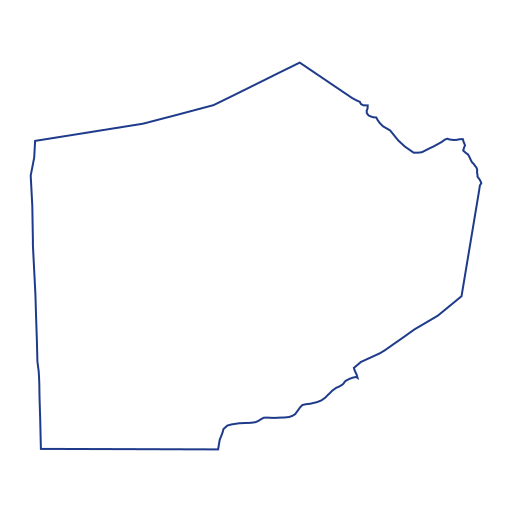 the district of Suba South, Nyanza, Kenya
{"feature_id": "3690345B8693504737331", "entity_name": "Suba South", "entity_type": "district", "adm_level": 2, "iso_a3": "KEN", "parent_name": "Kenya", "parent_adm1": "Nyanza", "projection": "mercator", "projection_center": [34.175, -0.638], "detail": "fine", "context": "isolated", "style": "outline", "palette": "blue", "viewbox_px": 512, "rotation_deg": 0, "n_neighbors": 0, "source": "geoboundaries", "source_scale": "gbopen_adm2", "svg_char_len": 1964}
<svg xmlns="http://www.w3.org/2000/svg" viewBox="0 0 512 512"><path d="M461.5,296.3L478.9,191.9L479.9,185.4L481.3,183.2L480.4,180.9L479.2,178.9L478.3,177.8L477.5,176.5L477.5,174.6L477.0,172.7L477.2,169.7L476.3,167.3L474.9,165.7L474.1,164.4L473.3,163.5L472.3,162.6L471.6,161.6L470.8,160.0L469.6,157.4L468.1,154.5L465.8,152.9L464.7,151.9L463.2,150.6L464.0,147.7L465.0,145.4L464.4,143.7L463.6,141.9L463.2,140.4L462.9,139.2L461.2,139.1L458.8,139.4L456.4,139.9L453.7,140.0L451.3,139.7L449.1,139.4L447.4,138.7L444.7,139.7L441.8,141.9L437.7,144.2L433.1,146.7L430.4,147.9L425.9,150.2L421.9,152.2L418.1,152.7L413.7,152.7L404.9,146.6L398.4,140.6L395.1,136.6L390.2,130.5L383.0,126.3L379.8,123.1L377.6,120.0L376.3,117.5L373.5,117.3L371.1,116.6L368.5,115.4L366.8,113.1L366.7,110.8L367.6,108.3L367.7,105.4L363.3,105.3L360.9,104.0L359.8,101.8L357.8,101.0L355.0,99.6L351.9,97.9L299.7,62.6L277.5,73.5L254.0,85.2L226.1,99.0L213.6,105.1L174.9,115.4L160.2,119.2L143.0,123.7L35.1,140.9L34.2,157.5L30.7,175.6L32.3,205.9L32.9,240.2L32.9,244.7L33.1,249.3L35.4,294.1L36.1,317.5L36.9,340.9L37.4,361.5L38.7,371.4L39.1,378.5L39.3,384.5L39.5,396.9L40.2,419.4L40.9,448.9L218.1,449.4L219.7,439.8L221.7,434.8L222.2,433.4L222.7,432.0L223.5,429.0L227.3,425.6L231.6,424.4L239.0,423.3L244.8,423.0L249.3,422.9L252.6,422.6L255.8,422.1L258.7,420.7L261.2,419.1L263.8,417.7L267.5,417.6L270.6,417.8L274.2,417.9L277.0,417.8L278.2,417.7L280.4,417.6L284.5,417.5L289.2,417.0L292.7,415.7L295.2,414.1L296.8,411.9L297.7,410.7L298.3,409.9L300.3,407.1L302.4,405.0L306.5,404.1L310.0,403.8L313.8,402.9L317.1,402.1L321.4,400.4L325.3,397.6L327.7,395.1L330.0,393.0L332.2,390.7L336.2,387.8L339.1,386.6L342.1,384.8L343.0,384.1L343.6,383.4L345.2,381.2L347.4,379.9L349.9,378.7L352.6,377.7L355.3,377.1L356.3,377.0L357.5,377.8L356.7,374.8L354.7,370.5L353.9,367.9L361.0,361.9L380.2,353.1L385.1,350.1L394.3,343.6L397.7,341.3L414.6,329.3L437.9,315.6L460.8,296.8L461.5,296.3Z" fill="none" stroke="#1e3a8a" stroke-width="2"/></svg>